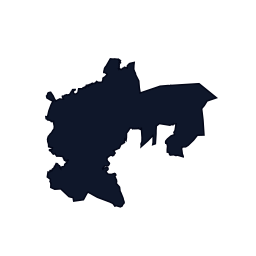 the district of Atenango del Río, Guerrero, Mexico, rotated 339°
{"feature_id": "50627088B76307625874886", "entity_name": "Atenango del Río", "entity_type": "district", "adm_level": 2, "iso_a3": "MEX", "parent_name": "Mexico", "parent_adm1": "Guerrero", "projection": "albers", "projection_center": [-99.114, 18.136], "detail": "fine", "context": "isolated", "style": "filled", "palette": "ink", "viewbox_px": 256, "rotation_deg": 339, "n_neighbors": 0, "source": "geoboundaries", "source_scale": "gbopen_adm2", "svg_char_len": 5663}
<svg xmlns="http://www.w3.org/2000/svg" viewBox="0 0 256 256"><g transform="rotate(339 128 128)"><path d="M51.1,176.8L60.7,179.0L66.4,174.1L67.7,173.5L74.6,181.7L84.5,190.5L86.9,193.0L87.7,196.0L87.7,196.8L88.0,196.1L88.4,196.0L89.6,196.6L92.6,198.9L94.5,198.7L94.9,198.5L95.4,197.6L97.1,196.9L97.4,196.6L97.8,195.9L97.9,194.9L97.9,193.7L98.2,191.6L98.1,185.8L97.9,184.1L98.3,182.9L98.4,181.7L98.7,181.3L98.6,180.7L98.9,180.3L98.4,178.6L97.9,177.8L97.9,176.9L97.3,176.3L97.1,175.8L97.2,175.5L97.9,174.5L98.2,174.0L98.6,172.3L98.4,170.7L98.5,170.2L98.1,168.8L98.9,168.1L99.7,167.7L99.9,167.0L99.7,166.2L99.2,165.6L95.9,165.4L93.2,164.2L92.6,163.4L91.8,161.2L92.1,160.5L94.2,159.7L94.6,159.4L94.9,158.5L94.9,157.9L94.6,157.5L93.7,157.1L91.2,157.1L90.5,157.0L90.1,157.2L90.0,157.7L89.8,157.8L89.6,157.6L89.7,156.8L90.0,156.4L91.5,155.7L92.2,155.2L92.6,155.0L95.8,156.1L96.3,155.9L97.2,155.3L97.9,154.6L98.0,154.1L97.0,151.4L97.0,150.0L97.3,149.4L98.3,147.7L98.8,147.7L99.2,148.0L101.1,147.2L102.0,147.3L102.8,147.6L103.7,148.2L103.8,148.5L105.2,148.2L105.5,147.7L107.0,146.8L106.6,144.3L106.4,143.9L112.7,143.6L115.6,140.7L116.4,140.8L117.7,140.7L118.2,140.2L118.9,140.4L119.5,140.3L119.9,139.0L121.0,137.1L121.7,138.9L123.1,136.4L124.8,132.2L127.3,130.7L129.7,128.8L131.5,129.2L132.1,130.5L132.8,130.3L133.2,130.6L133.4,130.9L135.2,131.3L135.4,131.4L135.4,131.6L135.9,131.6L137.2,132.2L137.3,131.9L137.6,131.7L139.0,133.7L139.9,133.6L140.7,132.2L137.7,141.9L136.2,145.6L134.3,147.7L134.4,148.4L133.5,150.2L141.7,147.1L148.5,143.9L148.5,144.9L146.2,150.6L145.1,152.4L147.9,152.5L152.0,143.6L153.3,140.3L155.1,136.3L158.9,135.1L168.1,140.4L170.4,140.4L170.9,140.6L171.1,141.1L172.4,140.3L172.6,140.7L174.4,141.3L171.0,147.2L169.3,148.5L169.2,150.4L169.0,150.8L168.7,150.9L165.4,150.8L160.9,152.4L158.6,153.7L158.0,154.7L157.8,155.8L158.7,156.2L158.5,158.9L156.8,162.4L156.0,164.6L156.6,164.9L157.4,165.6L157.6,166.7L157.3,167.8L157.9,168.5L161.0,169.3L162.9,170.9L164.2,171.0L165.4,171.8L169.2,174.7L169.4,174.3L169.4,171.6L170.2,168.4L170.6,166.1L171.1,166.0L171.3,165.6L171.8,165.4L171.9,165.1L172.2,165.3L172.7,165.4L174.9,166.2L175.4,166.2L177.9,165.7L184.8,162.8L190.2,159.6L196.4,161.8L200.9,147.3L203.7,136.3L207.3,134.3L211.5,131.1L221.4,131.5L210.2,112.1L183.8,103.8L183.3,103.4L182.6,103.5L181.8,103.3L180.9,102.8L173.0,100.5L151.9,99.7L152.9,94.7L154.9,87.9L154.2,81.3L154.5,79.4L154.3,77.6L154.4,75.2L156.0,71.5L157.3,69.0L152.9,68.4L152.2,68.5L149.8,69.6L148.7,71.7L146.4,70.0L145.5,70.5L144.3,70.4L143.1,71.0L142.4,71.1L141.6,70.2L141.6,69.9L140.8,70.0L140.9,69.8L140.3,69.1L140.5,68.9L140.9,68.9L141.3,68.6L141.4,68.1L141.7,67.8L142.0,66.6L142.6,65.8L142.6,65.0L143.0,64.4L143.1,64.0L143.5,63.7L144.1,64.5L144.4,64.4L144.5,63.8L144.0,62.9L144.5,62.7L144.0,61.7L144.7,61.8L143.6,60.2L142.9,60.1L140.2,58.7L138.7,58.3L136.3,57.1L130.4,61.9L130.2,62.2L129.1,62.7L127.7,63.7L127.2,64.3L127.1,64.9L126.8,65.0L125.8,66.4L125.3,67.5L126.3,68.0L127.4,69.5L127.8,70.5L125.5,71.7L124.1,72.2L123.5,72.2L122.9,72.5L122.5,72.5L121.8,74.1L120.4,75.8L118.8,75.7L118.2,75.2L117.0,75.2L116.8,75.1L116.6,74.5L115.9,74.0L115.5,74.0L115.5,73.4L115.4,73.3L115.0,73.7L114.7,73.7L114.6,73.9L114.3,73.9L114.1,74.4L113.6,74.7L113.2,74.6L113.0,74.2L112.1,74.3L111.8,74.1L111.2,74.0L110.9,73.5L110.7,73.4L110.1,73.5L110.1,74.1L109.4,73.9L108.9,74.2L108.9,73.7L108.5,73.8L108.1,73.7L107.9,73.8L107.9,74.1L107.6,74.1L107.5,73.6L107.1,73.6L107.0,73.9L107.1,74.2L106.6,74.3L106.2,74.8L106.1,74.5L106.2,74.0L106.0,73.7L105.3,73.4L105.1,73.7L104.8,73.8L104.3,73.3L104.2,73.4L104.4,74.2L104.3,74.4L103.6,74.4L103.1,74.8L103.1,74.4L102.8,74.2L102.7,74.4L102.7,74.9L102.4,75.0L102.0,74.9L101.4,74.4L100.6,74.3L100.3,74.4L99.7,75.1L96.0,73.7L94.0,76.9L93.3,77.3L91.1,77.6L90.4,77.3L89.9,76.5L89.7,75.7L89.9,74.6L90.2,74.1L91.0,73.7L92.4,73.5L92.5,73.1L90.0,72.3L89.7,72.6L89.8,73.0L89.7,73.3L89.3,73.5L88.4,73.4L87.7,74.2L86.2,75.2L85.4,76.1L84.1,75.5L83.2,75.5L82.3,74.8L81.6,75.0L80.8,74.8L79.8,75.3L78.4,74.8L78.1,74.8L77.9,75.5L78.2,76.9L78.2,77.8L75.7,77.1L74.8,76.4L70.3,76.9L69.8,74.5L69.6,71.2L68.6,66.9L67.2,66.6L66.1,66.6L65.6,66.9L64.3,68.6L63.4,68.9L63.1,70.9L65.6,74.0L67.8,76.2L66.8,76.7L64.4,78.9L60.3,83.6L57.2,88.2L57.1,88.7L55.4,87.9L54.9,90.0L55.7,90.8L55.8,91.6L57.6,92.6L58.1,93.2L58.2,93.5L58.4,93.8L58.9,94.0L59.4,94.5L59.2,94.7L60.0,95.0L60.9,95.0L60.3,97.0L59.8,100.1L58.8,102.1L58.2,102.7L57.1,103.3L54.9,105.1L53.5,105.6L51.5,106.9L50.7,107.2L49.5,108.7L48.7,110.0L48.7,110.6L48.4,111.2L48.2,112.0L48.1,113.9L48.2,114.1L47.2,117.1L50.4,119.3L49.5,120.6L47.5,120.2L47.1,120.2L46.7,120.4L47.0,121.4L47.5,121.6L47.7,122.1L48.1,122.2L48.1,123.7L48.4,124.0L48.8,125.5L49.3,125.8L50.7,125.6L51.3,128.7L53.7,129.6L56.7,131.1L57.0,132.3L56.9,132.9L57.2,133.2L57.1,133.5L57.3,134.3L57.0,134.6L57.1,134.8L57.1,135.3L57.5,135.3L57.8,135.7L57.9,136.2L58.2,136.1L58.3,136.4L58.8,136.5L60.0,136.3L60.7,136.5L60.7,136.9L59.2,137.3L59.0,137.7L58.3,138.2L58.3,138.7L58.0,139.1L57.1,138.7L56.8,138.9L56.9,139.3L56.7,139.0L56.2,139.1L55.7,139.6L55.5,140.1L55.1,140.8L54.4,141.0L52.5,140.6L51.1,140.9L51.0,141.7L50.7,142.1L50.4,141.0L50.4,140.7L50.2,140.2L50.7,139.7L50.5,139.0L50.5,138.6L50.1,138.4L49.7,137.9L49.6,137.6L49.5,136.7L49.1,135.9L48.2,135.4L47.6,136.1L46.6,136.9L46.7,137.4L46.0,137.7L45.6,137.6L45.6,138.4L45.2,138.6L44.5,138.6L43.7,139.2L42.9,139.2L42.3,139.5L41.7,140.6L41.3,140.6L40.2,139.8L39.7,140.1L39.5,140.8L39.2,141.0L38.3,140.9L37.6,140.4L35.1,144.8L37.2,148.0L36.3,149.8L36.0,150.0L36.3,151.6L36.2,151.6L35.8,153.1L34.6,155.8L37.6,158.9L43.4,160.7L48.3,170.9L50.2,172.3L51.8,173.2L51.1,176.8Z" fill="#0f172a" stroke="#020617" stroke-width="1.5"/></g></svg>